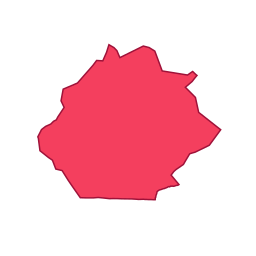 Gagarawa, Jigawa, Nigeria (Equal Earth projection), rotated 38°
{"feature_id": "59680162B30447030328077", "entity_name": "Gagarawa", "entity_type": "district", "adm_level": 2, "iso_a3": "NGA", "parent_name": "Nigeria", "parent_adm1": "Jigawa", "projection": "equal_earth", "projection_center": [9.565, 12.485], "detail": "fine", "context": "isolated", "style": "filled", "palette": "rose", "viewbox_px": 256, "rotation_deg": 38, "n_neighbors": 0, "source": "geoboundaries", "source_scale": "gbopen_adm2", "svg_char_len": 1505}
<svg xmlns="http://www.w3.org/2000/svg" viewBox="0 0 256 256"><g transform="rotate(38 128 128)"><path d="M61.7,74.1L64.5,81.6L66.8,90.6L61.7,94.1L61.8,100.5L60.5,123.7L53.0,137.3L58.5,147.8L65.0,151.1L65.9,162.6L66.5,165.7L65.2,168.5L64.7,172.5L62.1,177.4L60.8,182.4L62.4,190.5L63.7,191.3L72.6,200.1L83.4,200.2L88.3,199.9L96.4,204.8L102.3,202.1L105.0,203.1L113.3,206.1L119.3,208.0L122.5,209.0L133.3,212.3L138.2,208.7L143.7,204.4L147.3,201.1L152.0,198.1L156.9,195.1L159.9,192.6L161.4,191.5L163.2,190.1L166.7,187.6L168.8,186.0L171.3,184.1L174.9,181.4L178.1,179.2L180.4,177.7L184.2,174.5L185.3,173.9L186.7,172.8L187.9,172.0L189.1,171.1L190.2,170.2L191.3,169.5L193.4,167.9L193.6,167.7L192.5,166.2L192.5,165.5L192.0,164.7L191.5,163.7L191.1,162.3L190.8,161.6L190.4,160.9L190.1,160.3L190.2,159.7L190.5,158.6L190.9,157.4L191.7,156.5L192.4,155.4L193.1,154.2L193.9,153.4L194.3,152.6L195.0,151.5L195.5,150.6L196.0,149.3L196.4,148.9L197.1,148.7L197.4,147.6L197.9,147.2L198.7,146.6L199.3,146.1L199.9,145.8L200.4,145.1L201.0,144.2L201.3,143.6L201.8,143.2L202.3,142.7L202.8,141.9L203.0,141.2L191.0,138.6L190.9,134.1L191.4,131.2L194.1,122.6L193.5,118.4L192.5,110.4L193.6,108.7L195.8,105.7L202.7,91.5L202.1,72.3L174.1,72.2L162.3,62.4L148.1,60.6L149.9,51.9L149.9,47.0L150.0,44.1L149.2,44.1L148.7,44.1L147.6,44.0L146.5,43.9L145.7,43.8L144.9,43.7L144.1,43.7L142.3,49.6L119.8,62.0L101.8,50.9L95.1,51.6L89.6,54.0L78.3,77.5L75.6,76.1L71.7,73.9L67.4,73.3L61.7,74.1Z" fill="#f43f5e" stroke="#9f1239" stroke-width="1.5"/></g></svg>